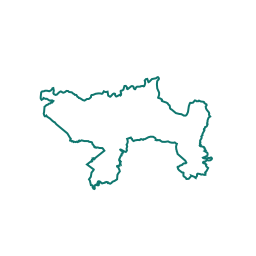 Tlacuilotepec, Puebla, Mexico (orthographic projection), rotated 220°
{"feature_id": "50627088B24502383873446", "entity_name": "Tlacuilotepec", "entity_type": "district", "adm_level": 2, "iso_a3": "MEX", "parent_name": "Mexico", "parent_adm1": "Puebla", "projection": "orthographic", "projection_center": [-98.017, 20.381], "detail": "fine", "context": "isolated", "style": "outline", "palette": "teal", "viewbox_px": 256, "rotation_deg": 220, "n_neighbors": 0, "source": "geoboundaries", "source_scale": "gbopen_adm2", "svg_char_len": 5833}
<svg xmlns="http://www.w3.org/2000/svg" viewBox="0 0 256 256"><g transform="rotate(220 128 128)"><path d="M105.9,73.8L105.4,75.0L105.3,76.9L104.3,78.8L103.4,81.7L106.0,85.3L106.3,87.1L106.4,89.5L107.7,90.4L110.2,91.6L111.6,91.5L112.3,91.1L111.1,93.0L110.2,93.6L111.4,95.7L110.7,95.7L111.5,96.3L111.9,97.5L112.4,97.3L112.5,96.8L113.2,97.3L113.3,97.8L114.0,97.6L114.3,97.8L114.3,98.3L114.8,98.9L115.0,100.1L115.3,100.7L115.6,101.9L115.3,102.7L115.6,102.8L116.2,103.7L115.8,104.8L116.2,105.0L116.2,105.9L117.7,106.5L119.1,106.2L120.0,106.4L120.0,106.6L119.3,107.0L115.6,107.7L114.5,108.1L114.2,108.5L114.4,110.1L115.9,111.3L116.7,113.3L117.7,114.0L118.3,114.2L118.6,115.8L119.3,117.3L120.8,118.6L121.7,119.1L119.7,122.5L118.8,122.1L118.1,122.3L117.5,121.8L116.2,121.5L115.2,121.7L115.0,122.6L113.1,124.9L111.2,126.3L111.2,127.3L110.9,127.9L108.9,128.6L109.0,129.3L107.9,130.3L106.4,134.1L105.1,135.9L103.0,137.5L100.6,137.8L99.2,137.1L99.1,136.6L98.5,136.8L97.8,137.2L97.6,137.9L96.3,138.6L95.9,139.2L95.0,139.1L92.9,139.4L90.5,141.4L88.7,143.5L86.9,143.9L85.3,144.7L83.7,145.9L82.9,147.0L81.2,147.0L80.4,147.3L79.4,144.9L78.9,144.3L77.2,142.6L76.5,142.3L75.7,141.5L74.8,141.1L73.3,140.0L63.1,139.8L61.0,138.9L61.1,138.1L62.5,136.7L62.9,135.5L62.7,134.7L64.0,132.6L64.2,131.1L65.0,130.2L64.9,129.9L63.2,128.8L61.6,128.5L58.0,128.7L57.3,129.3L56.7,129.4L55.2,127.4L54.4,126.8L51.7,127.0L50.5,126.5L49.2,127.7L48.8,128.2L48.7,132.1L48.9,132.2L45.2,133.4L44.5,133.1L44.0,133.2L44.3,133.7L44.2,135.1L44.6,136.0L45.4,137.0L45.2,137.9L42.9,139.2L42.0,139.3L41.2,140.3L39.3,141.2L38.6,141.9L39.6,142.9L39.6,143.4L40.3,143.6L40.2,145.7L40.9,148.9L43.3,148.9L44.4,149.6L44.4,150.3L44.6,150.4L45.7,150.3L47.3,149.7L48.2,149.6L48.5,150.1L48.1,151.2L47.6,151.3L47.1,152.1L47.1,154.0L45.4,154.9L44.1,156.3L43.8,157.7L44.0,158.5L44.8,158.9L45.5,158.8L46.1,157.6L47.4,156.6L47.7,155.7L48.4,155.0L49.5,154.0L51.1,153.3L51.5,153.4L51.1,154.3L50.6,154.6L50.4,155.6L49.4,157.6L50.0,158.9L50.9,159.8L51.5,160.0L54.6,159.5L54.2,160.7L54.5,160.7L55.3,161.4L55.9,161.2L56.6,161.6L56.7,162.0L57.7,162.2L61.3,160.5L61.9,160.7L62.0,161.0L61.8,161.3L61.1,161.1L61.3,161.8L61.9,162.1L62.5,162.0L63.2,162.6L63.4,163.7L63.9,163.8L64.7,164.8L65.1,167.4L65.5,168.1L66.4,168.6L66.3,170.4L66.9,170.8L67.3,171.9L68.0,175.4L68.5,175.9L68.9,175.7L69.2,176.2L69.0,176.9L69.5,178.4L69.1,178.8L68.8,179.8L69.0,180.9L69.5,181.5L69.5,181.9L70.1,182.0L70.2,182.7L70.9,183.2L71.2,184.1L71.9,184.9L72.8,187.3L72.8,188.5L72.4,189.6L74.1,190.0L74.8,190.6L75.1,191.3L76.0,191.9L79.5,192.6L80.9,193.2L82.3,194.4L82.3,195.8L83.0,196.5L85.5,196.2L86.4,196.7L87.0,196.6L89.3,195.1L91.2,194.6L91.2,193.9L92.6,192.6L93.8,192.5L94.5,192.1L94.5,189.2L95.6,187.9L96.5,187.3L96.5,186.7L95.4,183.8L92.4,178.9L91.7,176.6L91.6,175.4L91.8,174.6L93.2,173.4L96.0,172.9L97.8,171.7L100.9,170.2L106.4,170.2L107.5,169.9L108.7,170.3L109.8,171.4L110.7,172.0L112.0,171.9L113.6,172.4L115.5,172.0L116.3,171.6L119.4,170.5L119.7,170.6L119.8,171.2L120.3,171.6L122.1,171.4L124.2,170.5L124.6,170.8L124.8,171.8L125.4,173.2L126.9,175.1L131.0,177.1L133.9,180.0L135.7,182.6L135.8,183.2L135.7,184.9L136.0,185.6L136.7,186.1L137.8,186.2L138.2,185.5L138.5,184.1L141.1,180.9L141.4,177.2L141.7,176.3L141.9,176.3L144.8,178.0L145.7,176.9L145.7,175.1L144.4,174.2L143.5,173.1L142.8,171.6L142.5,170.4L142.7,170.0L143.6,169.8L145.0,168.3L145.3,167.5L147.6,165.5L147.9,164.3L147.4,162.4L147.7,162.1L148.4,162.0L149.1,162.2L150.3,163.1L151.1,163.1L151.9,162.7L152.3,162.2L153.2,157.6L154.1,157.4L154.7,158.4L156.4,158.8L156.8,158.8L157.7,157.9L156.2,154.4L156.6,152.9L157.3,152.2L157.4,151.6L157.0,151.1L155.3,149.9L154.6,148.8L154.7,148.0L155.7,148.1L156.7,145.5L157.1,144.7L157.6,144.5L159.0,144.9L159.8,145.8L160.1,145.8L160.9,145.4L161.4,144.3L161.6,140.8L161.8,140.4L164.0,140.1L167.0,142.7L168.0,141.4L168.6,140.9L170.1,140.6L169.7,137.9L170.1,137.3L171.4,136.7L173.0,135.4L174.8,133.4L176.0,131.0L177.1,129.8L176.9,128.8L176.2,127.8L176.5,125.7L176.8,124.9L178.1,123.8L178.9,121.1L180.4,120.4L183.8,120.0L184.9,119.4L185.6,119.7L186.9,119.4L188.3,120.0L188.9,120.1L190.0,119.2L191.1,119.4L192.0,119.1L194.0,119.2L196.3,117.7L197.7,117.8L199.0,116.8L199.3,115.2L200.1,113.6L200.8,113.2L202.5,113.0L203.2,112.6L203.7,110.9L204.0,107.8L204.7,106.8L206.5,106.3L207.6,106.7L208.9,109.0L210.9,110.6L211.4,109.9L211.1,108.6L211.3,107.0L212.0,105.5L214.0,104.5L215.5,103.2L216.1,102.0L217.3,100.8L217.4,99.5L214.7,95.5L213.7,94.4L212.3,94.0L211.8,95.5L211.7,96.4L211.9,96.7L209.9,97.3L209.0,98.2L205.7,98.6L203.9,100.4L202.5,100.7L202.5,98.8L203.0,98.7L203.3,98.2L203.2,97.4L203.3,96.9L204.3,95.6L204.4,94.3L205.2,93.2L205.4,91.2L205.6,90.6L202.5,86.2L201.8,84.8L200.2,83.8L199.3,83.5L198.4,84.3L198.5,85.0L197.1,84.7L193.8,85.1L190.4,84.9L188.5,85.0L188.0,85.3L185.3,84.8L171.0,84.9L165.8,83.1L165.1,83.1L164.4,81.2L164.1,81.1L163.2,81.9L162.3,81.7L161.9,82.4L160.7,82.3L160.6,82.8L159.0,83.6L158.6,84.5L157.5,84.8L157.2,85.5L157.6,86.4L157.3,87.0L156.5,86.8L155.6,88.7L153.1,89.9L149.9,92.5L149.0,92.4L147.3,93.5L146.3,93.8L144.6,92.7L144.0,92.8L142.6,92.3L141.3,92.3L141.3,91.8L141.0,91.8L139.6,92.5L139.4,93.1L138.5,93.7L137.1,94.3L134.8,96.1L134.0,96.1L131.9,95.5L131.5,95.4L133.9,83.6L133.8,83.4L135.0,82.8L135.2,82.5L134.4,82.6L133.9,82.0L135.2,80.4L134.8,79.6L134.1,79.3L134.4,78.7L134.9,78.7L136.0,73.7L127.6,74.2L127.3,73.4L127.3,70.4L125.1,66.7L124.9,63.6L123.4,63.2L119.7,60.4L118.7,61.1L118.1,61.2L117.6,61.0L117.2,60.0L115.5,59.3L114.6,59.6L114.5,60.2L116.1,61.8L116.5,63.1L116.3,63.7L114.2,64.7L113.9,65.0L113.8,65.6L115.4,65.7L116.0,65.9L115.9,66.2L114.8,66.4L114.6,66.7L114.5,67.6L114.9,67.7L116.2,67.5L116.5,67.6L116.5,68.0L116.1,68.5L115.2,68.9L112.2,68.9L111.8,69.6L111.0,70.5L110.6,71.7L110.1,71.9L110.0,72.7L108.6,73.5L107.9,72.9L106.8,73.7L105.9,73.8Z" fill="none" stroke="#0f766e" stroke-width="2"/></g></svg>